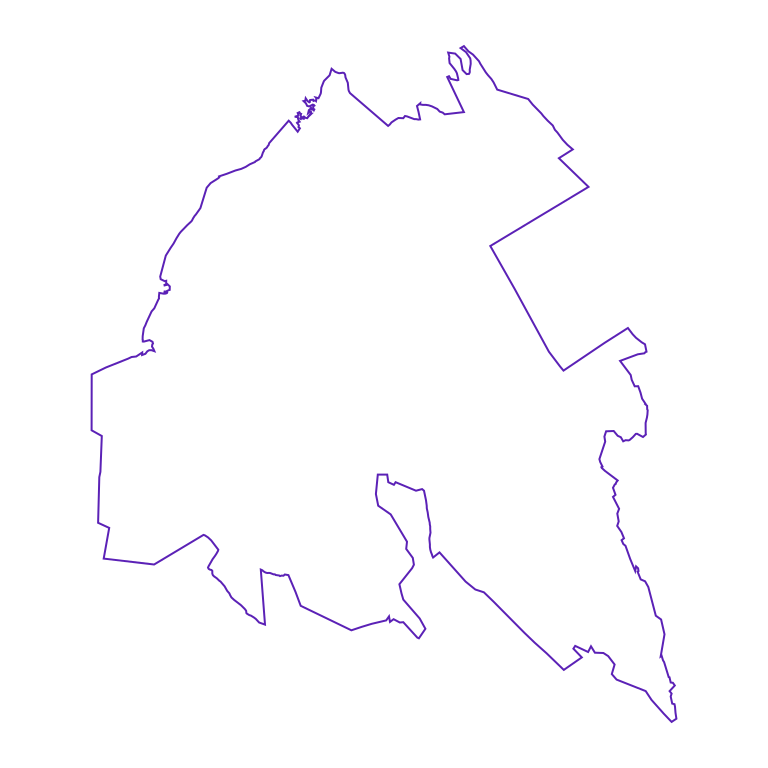 San Lucas Ojitlán, Oaxaca, Mexico (Robinson projection)
{"feature_id": "50627088B65217892760777", "entity_name": "San Lucas Ojitlán", "entity_type": "district", "adm_level": 2, "iso_a3": "MEX", "parent_name": "Mexico", "parent_adm1": "Oaxaca", "projection": "robinson", "projection_center": [-96.36, 18.035], "detail": "fine", "context": "isolated", "style": "outline", "palette": "violet", "viewbox_px": 768, "rotation_deg": 0, "n_neighbors": 0, "source": "geoboundaries", "source_scale": "gbopen_adm2", "svg_char_len": 6062}
<svg xmlns="http://www.w3.org/2000/svg" viewBox="0 0 768 768"><path d="M671.6,721.9L676.4,718.7L675.5,712.8L675.0,706.7L674.5,704.2L672.2,703.6L670.7,696.5L671.6,693.6L669.6,691.1L674.8,685.5L672.9,682.8L670.7,682.5L669.5,677.3L668.7,677.1L664.1,662.1L663.0,660.3L661.6,655.7L660.7,656.4L664.5,634.3L661.1,619.5L655.8,615.7L648.3,587.0L645.1,581.3L640.7,579.4L637.6,571.7L638.5,571.1L638.1,568.3L636.1,566.4L635.2,571.0L630.2,559.0L625.5,545.8L623.3,544.0L621.6,540.2L624.0,538.3L621.4,532.0L617.2,525.9L618.7,521.4L617.3,513.6L619.1,508.8L613.0,496.9L615.5,494.8L613.0,487.8L614.8,484.4L615.6,484.1L616.2,482.4L617.7,480.5L605.1,471.0L601.8,468.0L601.4,467.2L602.5,466.6L600.2,462.0L599.4,459.1L605.2,441.6L604.4,436.6L606.1,431.3L613.7,431.0L617.7,435.8L620.8,437.2L623.2,441.3L625.6,440.2L628.6,440.4L629.6,440.0L632.8,437.2L635.8,433.9L637.1,433.8L643.0,437.0L645.9,434.5L645.7,433.2L645.6,422.9L646.9,417.7L647.4,414.6L647.7,410.2L647.2,409.3L647.1,405.8L645.2,404.1L645.5,403.8L642.1,398.7L640.5,392.6L638.2,386.2L634.7,386.3L631.7,379.8L630.7,375.0L620.1,360.9L637.8,354.3L644.4,353.3L645.3,352.2L646.5,351.7L645.0,344.3L641.7,342.3L636.0,337.8L632.7,334.3L627.9,328.0L604.7,342.8L563.5,370.6L560.0,366.4L548.9,351.7L514.7,289.0L490.3,246.0L588.5,186.9L558.9,158.2L572.8,149.4L567.4,144.8L562.8,139.9L557.4,132.5L554.9,129.8L552.8,125.5L547.7,120.7L543.4,116.1L541.3,113.4L532.7,104.6L528.2,99.0L497.2,89.6L493.6,82.4L491.3,78.9L488.0,75.2L485.8,72.4L480.4,63.9L479.0,61.2L473.0,54.6L468.4,51.3L463.9,46.1L460.6,48.1L466.0,52.1L470.2,58.3L470.6,60.6L470.7,63.9L469.7,69.8L469.8,71.2L469.7,72.5L469.0,73.9L466.6,74.1L462.6,70.1L460.6,59.0L455.2,53.6L448.2,52.6L449.4,56.6L449.1,58.4L449.6,63.1L454.3,68.9L456.0,71.4L456.9,73.3L458.2,78.7L458.3,80.0L457.1,80.3L450.7,78.9L449.0,76.2L447.2,77.0L463.9,112.1L444.7,114.3L442.7,112.6L439.7,111.6L437.3,109.0L432.0,106.4L428.7,105.3L426.1,104.9L423.0,104.9L420.1,104.4L420.2,103.3L417.0,106.0L418.5,111.8L420.1,119.4L418.4,119.6L416.0,119.1L414.2,119.1L407.0,116.4L405.0,116.0L403.3,118.2L398.4,118.0L395.6,119.6L391.5,122.4L389.7,124.6L388.1,125.9L350.0,93.1L348.9,91.1L348.5,89.8L347.8,82.8L345.5,77.4L345.2,75.0L344.6,73.7L344.0,73.0L342.9,72.7L339.5,73.2L338.6,73.1L335.3,71.9L331.6,68.8L329.6,75.3L324.2,80.7L323.7,81.6L321.3,87.7L321.0,92.0L320.7,93.6L318.5,98.2L315.7,97.5L316.5,98.7L316.0,101.1L315.3,100.4L313.5,100.9L313.1,99.7L310.1,100.0L309.8,100.8L309.9,101.9L309.3,102.3L307.6,101.1L305.7,98.3L305.3,100.7L303.6,101.1L305.9,103.3L307.2,105.9L309.2,106.4L312.8,104.6L313.9,105.0L314.4,105.6L313.2,106.4L313.2,107.9L313.5,108.8L314.3,109.4L313.8,110.4L312.7,109.4L312.0,109.5L311.7,109.2L311.0,107.7L310.0,109.3L308.9,110.1L308.2,113.0L310.2,111.3L310.8,111.5L311.3,112.4L310.9,113.4L309.8,114.7L310.6,114.5L308.4,116.6L307.2,118.2L305.5,117.8L303.9,116.5L303.5,116.7L303.4,117.6L303.9,118.5L303.8,118.8L301.5,118.2L300.9,119.1L300.5,118.9L300.2,118.3L301.2,117.6L301.5,116.9L300.4,115.6L301.1,113.9L299.9,113.4L299.7,112.6L299.4,112.2L297.7,113.0L298.3,114.5L297.9,115.8L295.5,116.5L295.5,116.8L296.5,117.0L297.4,116.7L297.9,117.2L298.0,118.5L298.5,120.2L299.6,121.7L297.4,122.4L297.0,122.8L298.4,124.5L298.9,125.3L298.5,127.1L299.9,128.3L297.7,131.7L292.1,124.8L290.7,122.7L288.7,120.7L269.2,143.1L268.6,145.1L267.7,146.1L266.9,147.5L265.5,148.7L264.7,149.1L264.0,150.1L263.7,151.3L263.0,152.3L261.7,156.2L261.2,157.1L259.9,158.3L259.4,159.2L255.4,161.4L255.0,162.0L249.8,164.3L245.7,166.9L241.2,168.9L235.4,170.5L226.8,173.8L219.0,176.4L219.3,177.3L218.0,178.4L210.6,183.1L206.7,187.7L200.4,208.1L195.8,214.6L194.7,215.8L193.1,218.3L192.0,220.5L191.3,221.4L187.3,225.1L180.9,231.7L179.3,233.7L176.5,238.2L173.6,243.5L170.6,247.9L165.8,255.6L160.2,276.6L160.7,279.2L164.8,281.2L166.2,280.8L166.2,284.3L164.5,284.9L164.6,285.4L167.0,284.8L167.5,284.2L169.8,286.4L169.7,289.9L168.9,290.1L165.7,291.6L164.6,291.5L164.5,292.0L165.5,292.3L166.7,291.7L167.2,292.5L166.9,293.1L165.6,293.6L163.6,293.7L159.3,292.9L158.9,296.8L159.0,298.6L158.4,299.4L154.3,308.3L151.6,311.4L146.7,321.9L145.3,325.4L143.8,328.3L142.7,336.1L142.6,339.6L142.8,339.8L142.8,341.5L143.8,341.6L149.5,340.1L152.5,341.8L153.0,343.6L152.3,344.4L152.0,346.6L153.4,348.8L154.4,351.2L151.5,350.2L149.2,350.2L147.3,351.3L145.4,353.8L142.1,355.0L142.2,352.5L136.2,356.5L131.6,357.0L128.0,358.7L105.9,367.5L91.7,374.4L91.6,430.3L101.8,436.0L100.4,471.9L99.3,477.1L98.1,522.8L109.2,527.9L103.7,558.6L154.1,564.5L203.5,534.9L204.8,535.3L208.0,537.4L211.2,540.4L218.3,549.7L218.0,550.9L216.5,553.6L215.0,555.9L212.6,559.2L208.5,566.4L208.0,567.6L208.7,568.9L209.9,569.6L211.5,570.0L212.3,570.9L212.3,573.6L212.9,575.2L214.1,576.4L216.7,578.2L219.6,581.0L220.4,581.4L224.6,586.3L227.2,590.9L229.4,593.4L230.0,594.9L231.4,597.4L234.1,599.9L241.0,605.2L244.8,609.0L246.1,610.7L246.4,613.1L247.0,613.7L249.3,615.1L250.9,615.6L254.1,617.6L255.9,619.0L259.1,622.5L265.0,624.6L260.8,569.6L262.4,570.3L263.3,571.2L265.4,572.5L267.2,573.0L269.1,572.9L270.4,573.1L273.4,574.3L274.8,574.3L275.7,575.0L279.2,575.5L280.0,576.1L281.6,575.6L283.5,575.7L284.8,574.5L288.4,575.1L295.5,591.9L300.7,605.8L351.4,630.3L361.9,626.8L371.8,623.8L386.2,620.4L389.0,616.4L390.0,621.9L393.6,619.2L399.8,622.5L403.3,622.2L417.3,637.6L418.9,638.3L425.4,628.8L419.7,618.5L403.3,599.6L401.5,593.4L399.4,584.2L412.1,568.2L413.9,564.7L412.8,557.9L406.2,548.9L407.0,541.7L390.7,514.4L378.2,505.7L375.9,494.0L377.8,474.6L387.2,474.6L388.3,482.2L393.9,484.8L395.6,482.2L416.0,490.7L422.1,489.1L424.0,490.7L426.0,500.3L426.7,505.6L426.8,508.3L427.7,512.4L428.3,516.9L429.7,522.7L429.8,524.4L430.2,526.3L430.2,529.0L430.5,532.7L429.4,538.0L429.4,539.6L429.9,544.4L429.9,547.1L430.3,549.7L431.0,552.2L432.0,554.7L432.3,555.9L433.1,557.5L439.5,552.4L465.6,581.6L475.3,589.5L483.9,592.3L493.2,601.3L524.6,633.0L534.7,642.7L546.6,653.3L563.8,669.9L581.8,657.4L573.4,648.7L575.2,645.9L588.1,652.0L591.0,646.3L594.9,652.7L603.4,653.0L608.2,656.1L614.6,664.5L611.8,674.1L616.6,679.6L645.7,691.1L651.5,699.9L663.7,713.6L671.6,721.9Z" fill="none" stroke="#5b21b6" stroke-width="2"/></svg>